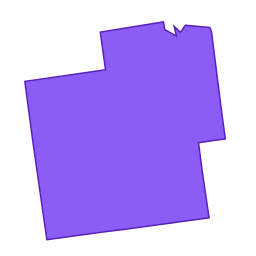 outline of Carroll, Indiana, United States of America, rotated 82°
{"feature_id": "52423323B58725996367098", "entity_name": "Carroll", "entity_type": "district", "adm_level": 2, "iso_a3": "USA", "parent_name": "United States of America", "parent_adm1": "Indiana", "projection": "natural_earth1", "projection_center": [-86.613, 40.585], "detail": "fine", "context": "isolated", "style": "filled", "palette": "violet", "viewbox_px": 256, "rotation_deg": 82, "n_neighbors": 0, "source": "geoboundaries", "source_scale": "gbopen_adm2", "svg_char_len": 430}
<svg xmlns="http://www.w3.org/2000/svg" viewBox="0 0 256 256"><g transform="rotate(82 128 128)"><path d="M124.1,33.0L85.5,32.5L44.7,31.9L39.9,32.9L34.2,56.8L40.5,62.8L33.8,68.1L43.6,67.3L35.7,77.9L27.8,78.1L29.2,142.1L67.2,142.2L67.5,223.7L124.5,224.1L133.2,224.1L227.3,223.9L227.5,169.9L227.9,142.5L228.2,60.2L181.0,60.5L152.4,60.2L152.3,44.7L152.4,33.2L124.1,33.0Z" fill="#8b5cf6" stroke="#5b21b6" stroke-width="1.5"/></g></svg>